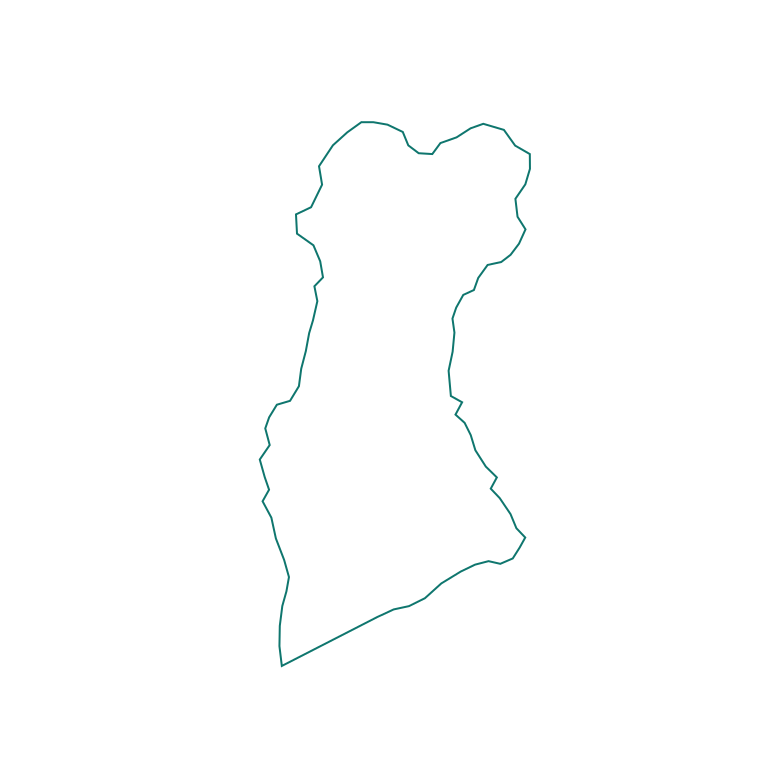 the district of Pracinha, São Paulo, Brazil, rotated 140°
{"feature_id": "56859067B67467393678264", "entity_name": "Pracinha", "entity_type": "district", "adm_level": 2, "iso_a3": "BRA", "parent_name": "Brazil", "parent_adm1": "São Paulo", "projection": "orthographic", "projection_center": [-51.081, -21.838], "detail": "fine", "context": "isolated", "style": "outline", "palette": "teal", "viewbox_px": 768, "rotation_deg": 140, "n_neighbors": 0, "source": "geoboundaries", "source_scale": "gbopen_adm2", "svg_char_len": 1258}
<svg xmlns="http://www.w3.org/2000/svg" viewBox="0 0 768 768"><g transform="rotate(140 384 384)"><path d="M297.0,378.1L289.5,390.1L279.6,396.1L266.0,401.3L254.7,398.2L243.6,404.7L228.1,408.6L215.8,402.1L204.0,401.6L190.4,404.7L176.2,411.5L174.2,426.3L164.3,441.4L147.4,446.1L133.9,455.0L124.5,466.4L130.3,482.3L128.8,501.6L140.7,519.5L153.3,524.2L169.9,526.3L185.9,532.3L199.2,529.1L209.1,538.5L212.0,551.2L207.6,565.0L214.6,580.4L223.8,591.3L233.0,599.1L250.4,600.4L269.7,599.7L293.8,592.6L303.3,576.5L326.2,566.3L342.4,570.5L354.0,555.1L348.9,535.6L354.0,519.0L362.2,504.9L374.5,503.6L381.8,490.3L397.5,478.4L408.6,471.1L422.8,459.4L437.6,448.9L450.6,437.0L466.8,431.5L479.4,437.0L493.4,432.3L503.5,426.3L510.8,410.7L527.7,406.0L535.2,389.4L540.0,376.9L552.4,372.2L556.2,354.0L566.1,335.2L573.6,313.4L580.9,297.2L592.0,287.9L604.6,279.3L619.3,265.7L632.6,250.4L643.5,233.7L538.9,209.8L521.5,205.1L507.7,197.8L490.3,193.6L468.3,194.4L445.8,191.0L430.4,187.1L417.8,181.1L410.5,171.5L397.5,167.6L385.2,171.5L374.5,175.6L375.3,188.4L370.7,203.0L368.7,222.2L369.5,235.2L357.6,239.9L359.1,255.3L356.6,274.5L350.4,289.1L347.2,302.4L348.9,314.6L335.9,319.8L340.5,331.8L326.0,352.6L310.7,364.6L297.0,378.1Z" fill="none" stroke="#0f766e" stroke-width="2"/></g></svg>